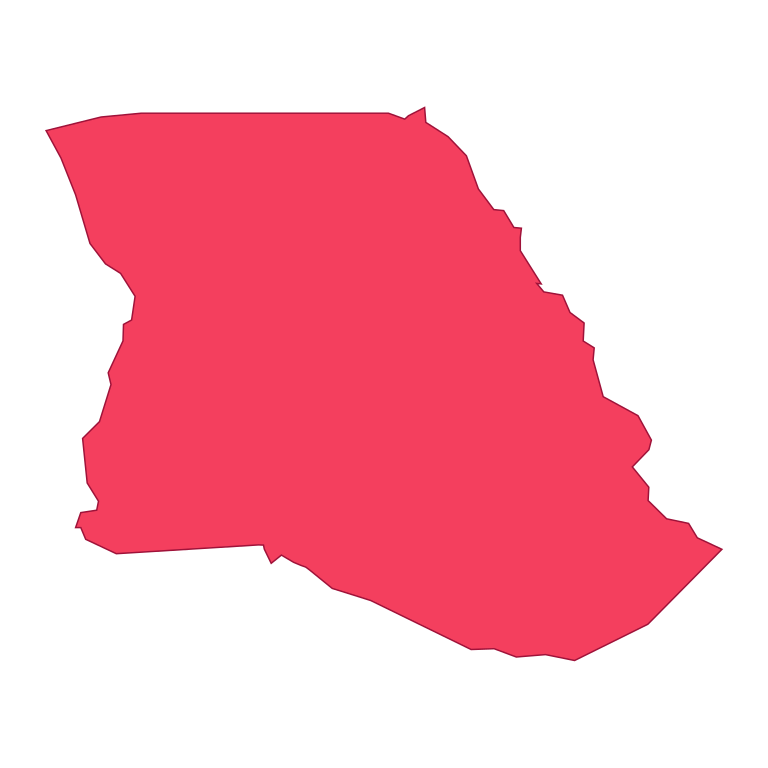 the district of Bladen, North Carolina, United States of America
{"feature_id": "52423323B8015598177606", "entity_name": "Bladen", "entity_type": "district", "adm_level": 2, "iso_a3": "USA", "parent_name": "United States of America", "parent_adm1": "North Carolina", "projection": "orthographic", "projection_center": [-78.559, 34.612], "detail": "fine", "context": "isolated", "style": "filled", "palette": "rose", "viewbox_px": 768, "rotation_deg": 0, "n_neighbors": 0, "source": "geoboundaries", "source_scale": "gbopen_adm2", "svg_char_len": 1066}
<svg xmlns="http://www.w3.org/2000/svg" viewBox="0 0 768 768"><path d="M46.1,130.6L61.0,158.1L75.6,194.8L90.0,243.5L105.5,263.9L120.6,273.4L135.1,296.3L131.6,320.0L123.5,324.4L123.0,340.9L108.2,372.8L111.0,384.6L99.5,421.6L82.6,438.4L87.2,483.0L98.5,501.2L96.7,510.2L80.8,512.6L75.6,527.6L80.8,527.6L85.7,539.3L116.3,553.7L258.5,544.9L263.5,545.1L264.3,549.1L271.2,563.3L281.4,555.1L293.6,562.3L301.0,565.4L303.5,566.3L305.0,566.8L305.9,567.2L309.5,569.9L332.2,588.4L370.7,600.5L471.1,649.5L494.1,648.7L516.3,657.0L545.5,654.6L574.6,660.5L647.9,624.2L721.9,549.3L697.3,537.8L688.6,523.4L666.6,518.8L648.1,500.6L648.8,487.2L632.3,466.9L648.9,449.7L651.4,440.1L638.0,415.7L603.2,396.7L593.1,359.8L594.2,347.9L583.2,341.0L584.1,323.0L570.0,312.5L562.5,295.2L543.8,291.9L536.7,283.4L541.2,283.9L520.3,250.7L520.3,237.5L521.4,228.2L513.9,227.5L503.7,210.6L493.8,209.6L478.4,189.0L466.4,155.8L448.1,136.7L425.8,122.4L424.6,107.5L408.5,115.7L405.1,118.8L404.7,119.1L388.4,113.2L141.3,113.2L101.1,117.0L46.1,130.6Z" fill="#f43f5e" stroke="#9f1239" stroke-width="1.5"/></svg>